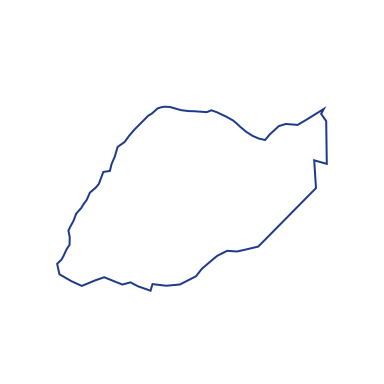 outline of Variseia, Nicosia, Cyprus, rotated 46°
{"feature_id": "46923920B52002347954875", "entity_name": "Variseia", "entity_type": "district", "adm_level": 2, "iso_a3": "CYP", "parent_name": "Cyprus", "parent_adm1": "Nicosia", "projection": "orthographic", "projection_center": [32.74, 35.114], "detail": "fine", "context": "isolated", "style": "outline", "palette": "blue", "viewbox_px": 384, "rotation_deg": 46, "n_neighbors": 0, "source": "geoboundaries", "source_scale": "gbopen_adm2", "svg_char_len": 1102}
<svg xmlns="http://www.w3.org/2000/svg" viewBox="0 0 384 384"><g transform="rotate(46 192 192)"><path d="M223.8,39.5L219.6,59.0L217.1,69.4L208.2,77.3L204.9,83.8L204.6,96.1L205.4,103.3L200.0,106.8L193.5,109.5L186.4,111.2L178.8,112.0L173.3,112.3L169.0,112.8L161.6,115.0L158.1,116.4L152.1,118.6L146.7,121.3L144.8,125.9L135.0,134.7L131.7,138.0L125.7,142.9L119.2,146.7L115.4,148.9L111.6,152.5L109.7,155.2L108.0,158.5L107.7,166.4L106.7,170.5L106.9,178.2L107.1,189.8L107.9,198.4L109.2,205.6L107.9,214.2L113.0,223.1L116.0,230.4L119.8,236.4L116.0,241.9L121.5,253.5L122.0,258.6L121.5,265.9L124.5,273.1L125.4,278.3L126.6,283.0L127.1,290.2L130.5,297.5L132.2,303.0L133.9,307.7L139.4,311.2L144.9,316.7L146.2,322.3L148.7,328.7L150.0,333.0L150.0,338.9L159.1,344.5L173.0,340.5L183.0,336.5L188.3,323.1L192.3,314.4L210.2,306.4L214.2,299.1L222.2,296.4L234.2,290.4L230.8,284.4L241.5,275.7L250.1,265.0L255.4,247.7L254.1,238.3L254.8,226.3L255.4,218.3L258.7,207.6L266.1,200.9L271.4,192.2L277.3,182.2L275.3,100.1L254.1,82.1L265.4,75.5L234.2,46.2L225.5,44.8L223.8,39.5Z" fill="none" stroke="#1e3a8a" stroke-width="2"/></g></svg>